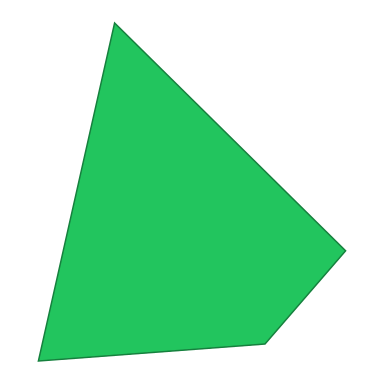 outline of Denigomodu
{"feature_id": "NRU-4973", "entity_name": "Denigomodu", "entity_type": "state/province", "adm_level": 1, "iso_a3": "NRU", "parent_name": "Nauru", "parent_adm1": "", "projection": "natural_earth1", "projection_center": [166.912, -0.518], "detail": "fine", "context": "isolated", "style": "filled", "palette": "green", "viewbox_px": 384, "rotation_deg": 0, "n_neighbors": 0, "source": "natural_earth", "source_scale": "10m", "svg_char_len": 189}
<svg xmlns="http://www.w3.org/2000/svg" viewBox="0 0 384 384"><path d="M38.4,361.0L114.6,23.0L345.6,250.8L265.0,344.0L38.4,361.0Z" fill="#22c55e" stroke="#15803d" stroke-width="1.5"/></svg>